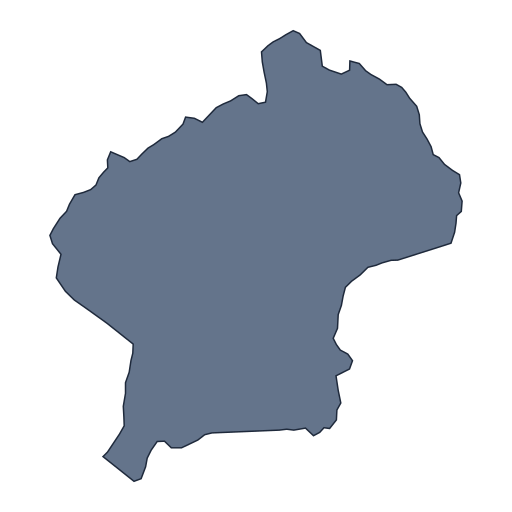 the district of Porto Ferreira, São Paulo, Brazil
{"feature_id": "56859067B95997326511453", "entity_name": "Porto Ferreira", "entity_type": "district", "adm_level": 2, "iso_a3": "BRA", "parent_name": "Brazil", "parent_adm1": "São Paulo", "projection": "equal_earth", "projection_center": [-47.446, -21.845], "detail": "fine", "context": "isolated", "style": "filled", "palette": "slate", "viewbox_px": 512, "rotation_deg": 0, "n_neighbors": 0, "source": "geoboundaries", "source_scale": "gbopen_adm2", "svg_char_len": 1848}
<svg xmlns="http://www.w3.org/2000/svg" viewBox="0 0 512 512"><path d="M134.0,481.3L141.1,478.7L145.6,466.8L147.2,458.1L151.2,450.1L157.2,441.5L164.5,441.2L171.3,447.8L181.5,447.8L191.2,443.2L197.9,440.0L204.7,434.7L212.0,432.9L279.4,430.1L286.7,429.2L293.8,430.1L305.5,428.1L313.5,435.7L319.7,432.4L324.0,427.7L329.6,428.5L336.4,419.9L336.9,410.0L340.8,403.0L338.2,390.4L336.0,375.8L349.5,369.0L352.5,360.7L347.8,354.1L340.3,350.1L336.4,344.6L333.2,338.3L337.5,328.3L338.2,314.6L341.4,305.4L343.1,296.1L345.4,287.3L351.6,281.2L360.2,274.9L367.9,267.3L376.0,265.3L382.0,262.9L391.1,260.3L397.8,260.1L451.0,243.2L454.6,232.3L456.0,223.2L456.6,215.6L461.3,211.4L462.1,201.1L458.6,192.8L460.8,183.0L459.5,174.7L452.5,170.4L444.5,164.4L439.0,157.6L433.2,154.6L431.1,146.7L427.0,139.0L422.5,132.0L419.9,123.7L419.3,114.8L416.7,106.3L409.6,98.2L405.8,92.2L401.7,87.4L396.1,84.3L387.0,84.7L379.4,79.1L370.9,74.5L365.7,70.8L359.3,63.5L349.9,61.0L349.6,70.2L341.3,74.1L329.4,70.1L322.3,66.2L320.3,50.4L306.4,42.6L299.6,33.5L293.2,30.7L285.9,34.7L279.7,38.6L273.3,41.8L268.1,45.6L261.5,51.9L262.3,61.9L264.1,72.1L266.4,83.1L267.3,91.7L265.5,102.2L258.2,103.7L251.8,98.5L246.5,94.6L238.8,95.7L230.6,100.9L223.2,104.0L216.2,107.7L202.4,122.3L194.4,118.3L185.6,117.1L183.0,124.1L175.4,132.1L168.5,136.4L161.8,138.7L153.8,144.6L148.0,148.1L141.8,154.1L136.9,159.3L129.8,161.6L124.2,157.6L110.7,151.8L107.4,159.9L107.8,167.9L103.6,172.2L98.9,177.8L96.0,185.0L90.7,189.6L83.6,192.4L75.0,194.7L69.5,204.2L66.6,211.3L60.0,218.3L53.4,228.6L49.9,235.4L52.5,243.7L61.0,254.3L58.0,266.9L56.3,277.9L65.4,291.3L74.3,300.0L88.4,309.9L98.7,317.3L106.9,323.2L133.2,344.1L132.8,353.2L131.0,360.4L129.2,372.2L125.5,382.7L125.5,393.4L123.3,406.3L123.9,417.1L124.2,425.8L119.5,434.1L107.5,452.1L103.0,456.6L134.0,481.3Z" fill="#64748b" stroke="#1e293b" stroke-width="1.5"/></svg>